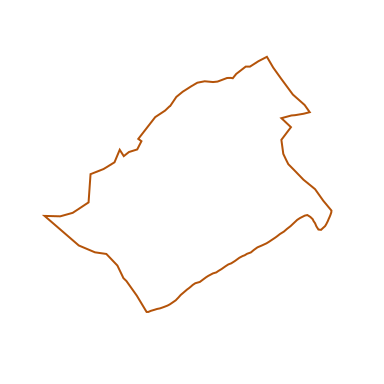 the district of Isuikwuato, Abia, Nigeria, rotated 242°
{"feature_id": "59680162B83041511737206", "entity_name": "Isuikwuato", "entity_type": "district", "adm_level": 2, "iso_a3": "NGA", "parent_name": "Nigeria", "parent_adm1": "Abia", "projection": "orthographic", "projection_center": [7.441, 5.794], "detail": "fine", "context": "isolated", "style": "outline", "palette": "amber", "viewbox_px": 384, "rotation_deg": 242, "n_neighbors": 0, "source": "geoboundaries", "source_scale": "gbopen_adm2", "svg_char_len": 1777}
<svg xmlns="http://www.w3.org/2000/svg" viewBox="0 0 384 384"><g transform="rotate(242 192 192)"><path d="M263.2,148.0L254.6,137.5L253.8,124.7L255.4,110.8L231.4,95.8L229.6,76.9L232.4,64.2L240.1,50.6L198.3,66.8L198.1,66.8L184.3,78.0L177.5,87.3L162.1,91.6L149.8,91.1L148.2,91.0L144.2,92.3L126.4,94.6L107.4,95.6L106.6,97.2L106.4,99.8L105.6,103.7L105.2,105.9L105.0,106.7L104.3,109.0L103.9,111.5L103.6,113.7L103.2,117.1L103.2,119.6L103.5,122.4L104.0,126.8L104.5,128.3L105.2,130.5L106.4,133.7L107.0,136.5L108.2,141.8L108.5,144.0L109.0,146.5L109.6,149.0L109.9,152.1L108.9,156.7L109.5,160.5L110.1,164.5L110.3,167.0L110.3,167.7L110.3,172.3L109.6,175.7L109.9,178.2L110.1,182.0L110.7,186.7L111.0,190.1L110.6,193.1L110.9,197.3L111.7,202.9L111.7,206.6L111.4,208.8L111.6,211.6L111.0,215.6L111.8,219.4L112.4,223.8L112.0,228.4L111.7,233.7L111.9,236.8L112.2,239.6L112.5,242.8L112.7,244.6L112.8,245.3L113.0,246.6L113.6,249.9L113.9,254.6L114.8,258.4L115.6,263.0L116.8,267.4L118.0,271.8L118.3,275.2L118.2,280.5L117.5,283.0L114.4,284.8L111.3,285.8L109.1,285.7L106.7,286.0L103.3,285.7L99.5,286.0L98.0,288.2L98.6,290.3L98.8,291.1L99.4,293.5L100.6,295.5L102.5,298.2L104.0,300.0L105.3,301.7L106.8,303.5L108.6,305.4L110.1,306.4L122.7,303.8L136.7,302.0L150.5,296.2L164.4,292.2L171.3,290.1L176.0,290.2L182.8,290.5L196.1,295.4L202.8,309.8L215.2,305.6L212.9,315.7L211.4,319.2L208.7,327.3L207.2,333.4L215.9,332.3L230.7,326.8L250.2,323.9L263.7,322.1L276.2,321.6L276.3,312.1L275.5,302.0L277.5,298.3L275.5,286.5L273.3,281.4L274.5,279.9L276.2,276.5L277.5,266.4L279.2,262.2L283.8,255.2L286.0,248.0L285.7,241.0L284.9,230.9L283.3,222.8L278.1,213.0L278.2,212.5L276.5,206.4L275.4,194.7L264.1,169.5L260.6,171.2L255.3,163.6L256.9,155.1L255.7,148.6L263.2,148.0Z" fill="none" stroke="#b45309" stroke-width="2"/></g></svg>